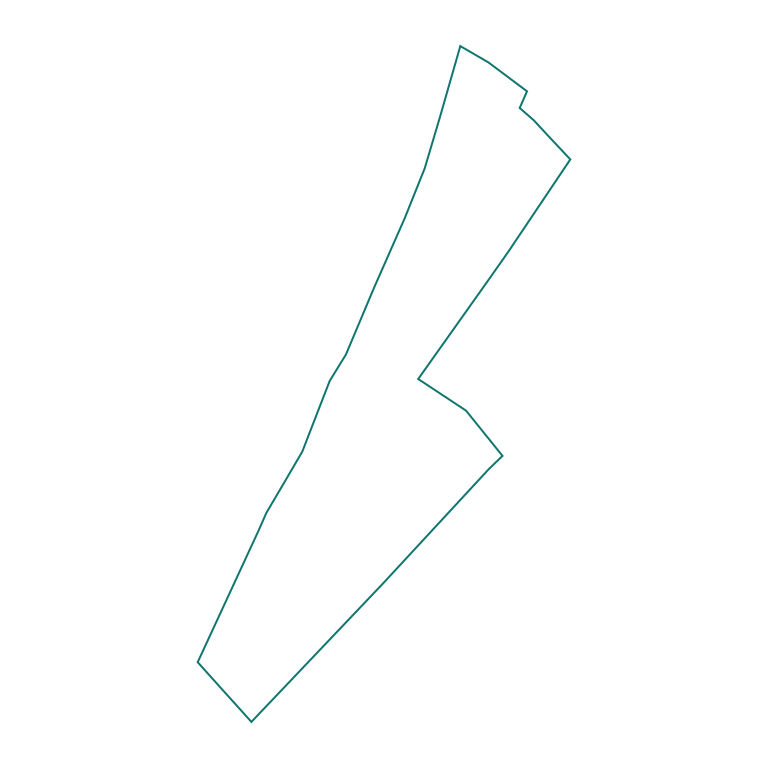 Vaiaku, Tuvalu
{"feature_id": "33948139B90753952930446", "entity_name": "Vaiaku", "entity_type": "district", "adm_level": 2, "iso_a3": "TUV", "parent_name": "Tuvalu", "parent_adm1": "", "projection": "equal_earth", "projection_center": [179.194, -8.526], "detail": "fine", "context": "isolated", "style": "outline", "palette": "teal", "viewbox_px": 768, "rotation_deg": 0, "n_neighbors": 0, "source": "geoboundaries", "source_scale": "gbopen_adm2", "svg_char_len": 459}
<svg xmlns="http://www.w3.org/2000/svg" viewBox="0 0 768 768"><path d="M460.3,46.1L439.8,117.6L424.7,168.4L404.6,218.5L374.2,287.4L345.9,354.6L329.7,380.9L302.3,451.6L285.7,480.0L266.4,512.8L258.7,530.3L197.7,662.2L208.8,674.6L251.4,721.9L384.0,582.4L488.9,469.0L502.5,455.9L466.1,410.7L418.2,379.0L487.6,281.2L508.6,251.3L570.3,159.4L548.6,136.3L533.8,120.3L519.7,108.0L527.0,91.3L488.4,62.4L460.3,46.1Z" fill="none" stroke="#0f766e" stroke-width="2"/></svg>